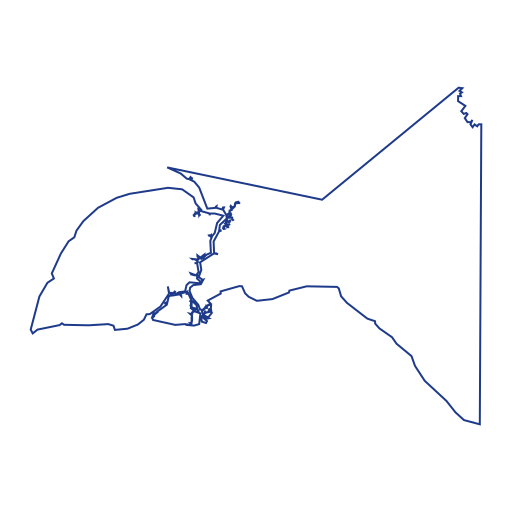 outline of Merauke, Papua, Indonesia
{"feature_id": "22746128B65756496772256", "entity_name": "Merauke", "entity_type": "district", "adm_level": 2, "iso_a3": "IDN", "parent_name": "Indonesia", "parent_adm1": "Papua", "projection": "albers", "projection_center": [139.088, -7.869], "detail": "fine", "context": "isolated", "style": "outline", "palette": "blue", "viewbox_px": 512, "rotation_deg": 0, "n_neighbors": 0, "source": "geoboundaries", "source_scale": "gbopen_adm2", "svg_char_len": 6058}
<svg xmlns="http://www.w3.org/2000/svg" viewBox="0 0 512 512"><path d="M458.6,87.7L322.1,199.7L167.2,167.4L180.7,173.5L186.7,178.6L189.0,179.2L190.5,177.1L191.5,177.9L191.8,178.6L191.9,178.2L192.3,177.5L192.0,178.6L191.8,178.7L190.6,177.2L189.2,179.2L194.3,181.7L199.2,187.6L207.3,208.6L216.1,207.8L215.9,206.7L216.5,206.3L216.2,207.8L223.0,209.7L222.7,208.9L222.9,207.5L223.0,207.4L223.5,207.4L223.8,207.7L223.9,207.4L224.0,207.4L223.0,209.5L226.3,215.0L229.3,213.2L229.6,210.5L231.6,209.7L230.5,206.4L230.8,205.9L232.3,207.8L232.7,207.1L234.7,206.4L235.0,203.5L235.9,202.3L239.2,201.6L237.7,202.6L240.1,203.0L235.4,203.3L234.8,206.5L232.8,208.4L231.3,207.6L231.8,209.9L229.7,211.0L229.5,214.0L230.5,214.6L230.7,213.7L230.9,213.8L230.9,214.1L231.1,214.1L230.9,214.1L230.8,213.8L230.7,213.9L230.9,215.3L229.5,216.7L232.2,217.7L232.3,219.3L233.2,220.0L233.4,220.7L232.3,219.3L232.1,217.6L229.9,217.7L229.4,216.6L229.4,216.1L230.8,214.9L229.6,214.3L229.3,213.7L226.7,215.2L226.7,216.0L227.9,216.6L228.1,216.9L228.1,217.2L226.7,216.1L226.3,215.5L227.5,221.4L229.1,221.5L229.7,220.6L230.3,220.5L229.1,223.1L229.1,221.6L226.3,222.0L227.0,225.6L227.2,225.0L227.4,224.7L228.7,224.4L228.9,224.4L229.1,224.6L226.6,225.8L227.8,226.6L228.2,227.0L228.3,227.1L228.2,227.2L225.2,225.7L224.4,226.2L223.8,226.4L224.6,228.8L224.0,228.9L224.0,228.5L223.2,228.5L223.0,228.1L223.7,226.3L225.2,225.5L226.8,225.5L225.2,223.6L226.1,223.5L226.0,222.0L227.1,221.1L225.8,219.4L219.9,224.9L219.1,231.0L220.7,230.3L221.2,230.6L221.6,230.5L219.1,231.3L213.6,241.5L214.1,253.2L216.6,253.5L217.9,254.3L214.0,253.4L200.1,262.3L201.3,269.9L198.7,277.1L201.9,279.3L201.9,281.2L202.1,280.8L202.0,280.4L202.2,280.1L202.7,280.2L203.0,279.8L203.3,279.7L200.8,284.2L193.3,285.1L190.1,287.6L189.6,291.2L192.4,297.9L198.3,304.8L199.9,309.2L202.6,310.3L203.1,310.1L203.7,309.0L205.0,307.8L206.5,307.8L204.8,306.2L206.8,307.3L206.6,305.8L207.1,306.0L207.2,305.7L207.7,305.2L210.7,303.7L207.7,300.6L220.7,293.6L220.6,291.4L239.3,286.1L242.0,286.3L245.1,293.3L248.7,296.8L256.9,300.8L272.4,299.1L288.9,292.5L289.4,290.6L306.7,286.3L337.0,286.9L338.8,288.4L341.1,296.3L347.0,302.9L367.3,318.6L375.0,321.2L375.2,323.6L379.4,328.4L392.0,337.2L396.5,343.7L411.5,356.1L415.0,365.9L424.7,380.8L446.5,401.0L455.5,412.4L464.0,420.1L479.8,424.3L481.3,124.3L478.7,124.3L477.2,126.3L474.6,124.4L472.6,127.2L470.5,124.4L472.4,119.9L470.9,122.1L467.5,122.1L464.8,118.1L467.5,114.2L466.3,113.0L463.7,113.9L461.3,111.2L465.4,105.9L458.1,101.2L458.1,96.1L461.0,96.1L460.0,93.6L461.9,92.4L459.5,90.9L462.3,88.2L458.6,87.7ZM168.0,187.8L129.7,193.8L116.7,197.8L98.0,207.8L83.3,221.2L76.5,230.6L74.3,237.3L68.6,241.3L60.9,253.5L51.8,273.4L53.9,278.5L47.4,282.8L39.4,296.5L30.7,329.6L32.7,333.4L37.5,329.6L59.6,325.1L61.9,323.3L64.1,324.8L88.8,325.3L108.2,324.1L113.5,325.7L114.9,329.9L127.5,328.7L137.9,324.5L143.9,319.7L146.5,314.3L149.8,314.1L160.4,306.6L169.4,293.0L168.8,292.2L167.8,286.4L169.2,292.8L174.0,293.0L173.9,292.7L174.7,291.5L175.0,291.6L174.9,291.5L175.0,291.6L174.0,292.8L176.5,293.7L179.0,292.2L185.1,291.4L186.5,285.2L189.5,282.3L200.0,283.3L200.0,281.3L197.0,278.5L197.3,274.8L196.0,275.4L194.1,275.2L191.2,274.4L190.6,273.3L196.0,275.3L198.6,272.1L197.1,263.1L194.5,263.2L197.0,263.0L197.8,259.2L197.2,259.6L197.4,260.7L197.1,260.8L195.8,260.0L195.3,259.3L194.8,259.4L193.4,259.1L192.5,259.3L192.0,258.9L195.3,259.2L197.3,260.7L197.0,260.0L197.4,259.0L197.8,259.0L198.0,259.8L199.5,257.7L200.1,257.6L198.5,257.4L197.5,256.6L197.4,255.3L200.1,257.4L200.1,257.7L199.9,257.8L199.4,257.8L199.6,258.2L204.1,254.7L203.8,255.9L210.9,252.8L210.3,240.9L212.2,236.1L211.2,236.6L211.1,235.4L210.4,236.2L210.0,236.0L210.2,235.2L209.9,235.7L209.0,235.6L208.9,235.4L210.2,235.2L210.3,235.6L210.0,235.9L210.2,236.1L211.1,235.3L212.3,235.9L214.7,233.0L217.1,223.0L223.3,215.7L214.6,213.5L209.9,213.5L209.6,215.3L209.7,213.5L199.6,210.7L198.6,209.3L199.1,212.2L198.0,213.4L198.7,213.3L199.1,213.8L199.2,215.2L199.5,214.7L199.8,214.8L199.8,215.0L199.1,215.3L198.6,213.4L197.9,213.5L196.7,213.3L195.8,212.6L195.9,213.2L194.9,213.6L194.9,214.5L194.7,214.7L194.0,214.8L193.8,215.1L194.6,216.6L194.6,216.8L193.7,215.1L194.1,214.7L194.8,214.5L194.8,213.7L195.7,212.6L198.9,212.3L198.4,209.1L201.8,210.5L195.6,203.4L193.6,197.4L182.1,189.3L168.0,187.8ZM186.5,293.6L187.0,291.6L181.0,293.6L180.1,294.6L180.6,294.8L181.3,295.9L181.3,296.1L180.0,294.6L180.1,294.3L168.9,296.0L166.8,304.7L156.6,312.1L156.6,312.6L156.4,313.0L154.5,314.6L154.0,316.4L152.1,317.8L153.1,320.0L175.3,324.9L184.7,324.1L190.3,324.8L190.4,323.3L191.7,321.8L191.5,321.0L192.0,320.1L191.6,319.5L191.6,317.3L192.0,315.7L189.9,313.7L191.9,314.1L192.2,313.9L192.2,313.5L192.0,312.9L192.0,312.7L192.3,312.2L193.1,311.6L194.4,311.2L191.0,308.2L191.0,301.5L189.4,300.9L191.0,301.4L191.2,299.8L188.1,293.1L187.1,293.6L186.6,293.7L186.6,294.2L186.4,294.6L186.5,293.6ZM200.4,313.4L194.4,311.3L192.2,312.5L192.3,313.9L191.4,314.6L192.0,315.6L192.1,320.2L191.4,323.6L190.5,323.4L191.2,324.2L190.2,324.9L185.5,324.8L194.0,325.6L199.2,324.1L200.4,313.4ZM211.1,304.7L207.8,305.3L206.5,307.9L204.6,308.5L205.4,309.0L204.4,308.6L202.9,310.4L201.7,310.4L202.8,313.8L205.1,312.9L204.9,311.7L205.1,310.6L205.2,312.9L208.9,311.7L208.7,310.2L209.4,309.4L210.0,308.9L210.9,308.4L211.1,304.7ZM210.3,311.7L205.6,312.8L203.1,315.1L208.3,317.3L211.8,312.9L210.3,311.7ZM191.5,307.3L197.1,308.9L196.6,305.2L191.8,300.6L191.5,307.3ZM207.0,321.1L201.8,316.6L201.1,317.3L201.9,321.7L206.0,323.0L207.0,321.1ZM197.3,309.2L192.5,309.3L196.4,311.9L198.5,310.9L197.3,309.2ZM156.1,313.2L153.6,313.2L152.3,316.9L153.8,316.4L154.5,314.4L156.1,313.2ZM208.8,318.3L202.7,315.4L202.4,315.7L205.3,319.0L208.8,318.3ZM211.3,311.3L210.9,308.5L208.8,310.2L209.1,311.8L211.3,311.3ZM173.0,295.2L172.7,293.8L170.8,294.0L171.6,294.8L173.0,295.2ZM200.6,259.2L203.4,257.8L203.9,257.3L201.6,257.8L200.6,259.2ZM164.3,303.7L166.1,303.2L165.9,302.7L164.3,303.7ZM191.7,308.7L192.8,308.9L191.3,307.6L191.7,308.7ZM177.7,293.7L179.2,292.8L179.4,292.6L177.7,293.7Z" fill="none" stroke="#1e3a8a" stroke-width="2"/></svg>